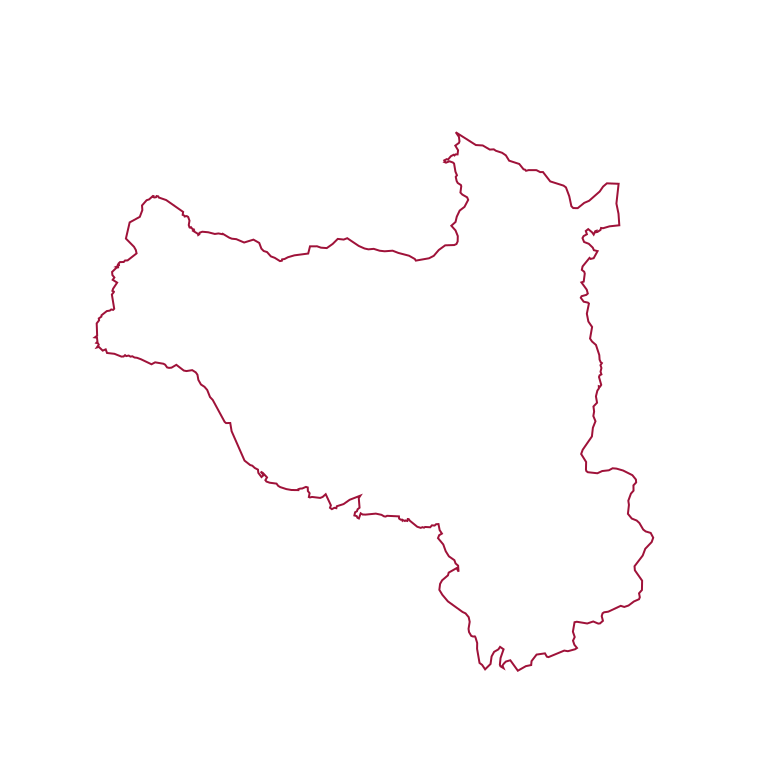 outline of Coroieni, Maramures, Romania, rotated 281°
{"feature_id": "2599482B87635814237961", "entity_name": "Coroieni", "entity_type": "district", "adm_level": 2, "iso_a3": "ROU", "parent_name": "Romania", "parent_adm1": "Maramures", "projection": "orthographic", "projection_center": [23.777, 47.377], "detail": "fine", "context": "isolated", "style": "outline", "palette": "rose", "viewbox_px": 768, "rotation_deg": 281, "n_neighbors": 0, "source": "geoboundaries", "source_scale": "gbopen_adm2", "svg_char_len": 6142}
<svg xmlns="http://www.w3.org/2000/svg" viewBox="0 0 768 768"><g transform="rotate(281 384 384)"><path d="M625.3,576.1L623.5,564.5L619.6,561.4L614.1,559.0L603.0,550.4L600.0,546.0L593.6,540.6L592.8,536.2L594.3,534.0L603.7,530.0L611.7,525.1L613.0,522.4L614.6,508.5L622.4,499.6L621.8,496.9L623.0,492.9L621.6,485.3L620.4,482.7L621.3,481.6L621.4,480.0L625.8,474.8L627.1,464.2L631.7,460.0L633.5,455.8L634.3,449.3L635.3,447.0L634.3,443.1L637.0,435.4L636.1,428.6L644.8,406.4L640.9,410.4L636.6,411.8L635.0,411.6L631.6,408.5L627.6,412.1L623.4,412.4L623.0,410.3L621.8,409.6L622.3,408.6L620.4,406.2L616.5,404.0L616.7,402.7L615.0,400.5L614.0,401.5L613.4,401.0L613.1,402.6L615.1,405.8L614.6,409.3L613.8,410.7L606.1,413.6L602.8,415.8L601.0,414.9L597.1,416.6L595.4,418.0L594.0,421.5L592.9,422.1L586.5,422.5L584.9,424.7L583.1,430.0L580.8,431.5L573.2,429.2L568.7,425.2L562.1,423.5L556.7,423.3L552.2,419.9L548.4,424.9L543.3,428.2L538.0,429.1L535.2,428.4L533.8,426.4L531.8,417.6L526.0,412.2L519.3,408.4L516.0,404.2L511.2,391.7L512.6,390.4L514.7,384.1L515.4,373.1L516.5,367.0L514.4,359.3L514.0,354.3L514.7,348.1L513.2,343.0L513.3,339.0L514.7,332.9L520.1,320.1L518.1,316.9L517.6,310.9L511.7,306.9L506.5,301.9L505.8,296.1L506.4,292.0L505.0,285.1L497.6,284.7L493.2,271.5L490.1,265.5L487.7,262.5L486.9,260.2L485.5,260.2L484.8,258.4L487.0,252.7L487.7,248.6L491.2,244.0L491.6,240.5L493.5,237.8L498.7,234.6L500.8,228.3L496.2,219.7L498.0,211.4L497.6,206.9L498.1,204.2L500.7,197.0L500.2,196.7L500.2,192.8L499.0,189.3L499.4,182.5L498.8,176.6L497.3,174.1L495.8,174.2L494.8,173.2L495.9,172.7L497.9,167.4L498.9,168.2L499.5,167.7L499.1,167.0L501.1,164.6L500.4,163.9L500.6,163.2L502.8,162.0L507.2,161.9L510.6,159.9L511.2,158.3L510.4,156.4L511.1,156.1L511.6,154.1L514.6,154.0L523.0,135.1L524.1,127.3L525.1,126.6L525.1,124.9L523.9,124.6L523.3,123.1L523.4,122.0L524.5,121.9L524.5,121.3L520.4,118.2L519.1,115.9L513.1,112.4L508.6,113.6L501.5,112.4L494.1,103.5L477.5,102.9L471.0,112.4L468.2,114.8L465.0,116.2L456.4,108.7L455.8,106.2L454.1,105.2L453.3,101.6L451.9,100.6L450.3,101.1L450.3,100.0L448.9,100.1L448.1,99.0L448.1,101.5L447.1,99.2L442.1,95.7L439.1,96.6L437.1,99.0L434.5,97.8L432.6,102.7L425.9,99.9L423.6,99.6L423.1,101.2L422.5,101.2L419.9,99.8L406.4,104.8L405.1,104.0L405.1,102.0L403.7,100.8L402.7,98.0L397.6,93.6L396.2,93.7L393.9,91.5L392.2,92.2L388.7,90.4L376.7,93.2L374.6,91.3L374.7,93.4L371.0,94.6L369.5,93.8L369.5,95.4L368.1,96.5L365.1,95.2L366.0,97.0L363.1,101.5L364.9,104.2L361.6,106.2L362.2,113.6L360.8,121.0L361.3,123.1L362.9,124.3L362.2,125.6L363.2,128.0L362.5,129.9L363.2,131.7L362.4,134.0L362.6,136.5L361.9,140.8L359.0,152.0L361.6,155.2L361.8,163.6L361.2,165.5L358.9,167.9L358.8,169.9L359.5,172.3L363.2,176.5L359.0,184.9L359.0,187.6L361.0,193.1L359.5,197.0L357.5,199.1L352.6,201.0L348.6,204.4L347.0,208.3L344.4,211.6L338.0,215.7L335.7,218.9L316.4,234.8L315.5,236.4L316.4,240.5L308.6,243.4L282.2,261.7L278.9,268.1L278.7,270.3L276.9,273.2L275.9,276.6L272.8,277.6L269.3,281.5L271.6,283.2L274.4,279.7L273.7,281.9L270.0,287.0L267.0,285.9L265.8,287.2L265.3,290.6L265.7,297.5L263.8,299.6L263.0,301.8L262.2,308.2L262.3,313.4L263.5,320.2L264.4,320.0L265.3,321.6L265.8,323.6L268.1,327.0L267.9,328.9L264.4,329.7L262.6,331.8L258.7,331.8L258.5,332.9L259.4,334.9L260.0,343.1L261.4,345.3L264.7,347.8L254.8,355.0L252.2,354.6L251.2,356.7L253.0,358.9L253.0,360.9L255.0,361.0L258.4,367.2L263.8,372.4L269.9,382.1L267.2,381.0L257.9,383.6L256.0,382.0L253.9,381.7L252.6,380.1L249.3,380.0L249.1,382.4L247.6,383.5L247.2,385.0L252.6,385.8L251.8,387.9L252.3,390.9L255.2,400.7L255.1,406.5L254.1,409.3L254.2,410.9L255.2,412.2L256.9,423.9L254.8,424.5L254.0,426.2L254.3,427.6L253.4,428.2L254.0,428.6L253.5,430.6L254.1,431.0L254.0,433.0L256.0,433.1L256.1,434.0L254.7,435.5L250.2,443.9L249.8,447.5L250.8,449.1L250.6,450.7L251.5,451.6L252.2,456.7L254.4,458.0L254.7,460.7L256.3,461.9L256.9,464.2L251.2,466.5L248.2,469.4L246.1,467.0L243.0,466.4L237.8,472.8L231.6,476.5L227.2,480.6L224.5,486.7L221.5,488.5L219.8,491.4L214.0,493.0L217.1,490.4L211.2,483.5L208.4,483.3L202.4,478.5L198.5,477.2L192.5,477.6L188.2,481.5L182.8,488.2L175.2,504.6L174.4,507.8L171.3,511.6L166.9,513.5L159.8,513.7L156.7,514.8L153.4,517.7L153.1,519.7L153.6,521.3L152.8,522.1L147.5,524.9L141.8,525.9L128.4,531.0L127.0,533.9L123.2,537.7L129.5,542.0L137.1,541.6L142.1,543.2L145.3,546.9L148.1,548.1L146.4,552.0L137.3,550.7L130.5,551.3L129.1,552.2L127.9,555.5L130.1,554.0L132.4,555.0L134.8,556.6L136.9,560.7L128.1,570.1L134.1,577.1L136.2,582.1L140.1,581.7L147.5,585.4L150.3,593.4L147.4,595.9L147.3,597.6L156.7,611.8L156.8,615.5L160.1,622.2L161.7,623.8L164.4,620.6L168.1,618.5L172.0,619.5L176.9,616.7L186.5,616.5L187.4,618.6L187.7,629.2L190.8,634.7L189.7,640.0L190.2,641.7L193.3,644.1L197.7,642.0L200.6,642.3L201.9,643.6L203.3,647.6L211.4,658.7L211.0,662.4L213.2,666.3L218.2,670.8L221.4,675.4L223.5,675.8L227.2,674.3L231.0,676.5L240.2,674.9L249.0,665.8L252.9,664.7L265.0,670.7L272.1,671.9L279.9,676.9L284.5,677.6L288.7,674.2L289.2,669.0L290.6,666.2L296.3,661.2L298.2,658.1L299.2,652.9L303.1,648.2L312.1,647.5L316.0,646.1L323.5,647.3L326.9,649.3L332.1,648.2L335.5,650.3L338.3,649.5L341.9,645.2L344.7,635.2L345.3,628.4L344.9,624.5L342.2,621.2L340.2,614.8L337.1,610.5L336.3,600.9L337.1,599.3L338.4,598.6L346.0,597.3L352.9,590.9L357.4,591.6L372.2,598.1L380.9,597.4L387.8,598.7L392.5,595.6L397.1,595.5L401.9,593.9L406.3,596.7L412.3,594.4L418.2,594.7L420.7,595.8L422.8,595.3L422.6,596.6L424.6,597.4L431.9,593.7L433.7,594.0L434.9,595.6L437.4,594.2L441.2,594.4L443.8,592.9L446.1,593.9L446.7,592.6L449.0,591.0L453.5,589.8L462.8,584.6L465.4,580.1L467.9,577.6L479.7,577.4L484.3,572.7L491.7,569.7L502.1,569.8L502.8,568.6L502.9,564.3L506.2,560.7L507.9,561.2L510.1,565.6L511.7,566.8L515.3,565.0L521.4,558.4L522.6,560.5L530.7,560.0L532.4,559.1L533.8,556.4L537.3,556.5L547.0,561.7L546.2,563.0L547.5,565.8L555.2,568.3L555.4,564.5L557.7,562.9L560.7,558.3L561.6,553.3L565.1,551.0L567.3,551.7L569.7,554.6L572.7,552.9L575.0,554.9L572.6,559.3L570.7,561.3L574.3,562.2L575.0,563.4L573.6,563.5L574.0,564.5L576.5,567.1L578.6,567.3L578.7,569.3L581.8,575.3L584.7,584.7L595.9,581.7L605.5,577.7L625.3,576.1Z" fill="none" stroke="#9f1239" stroke-width="2"/></g></svg>